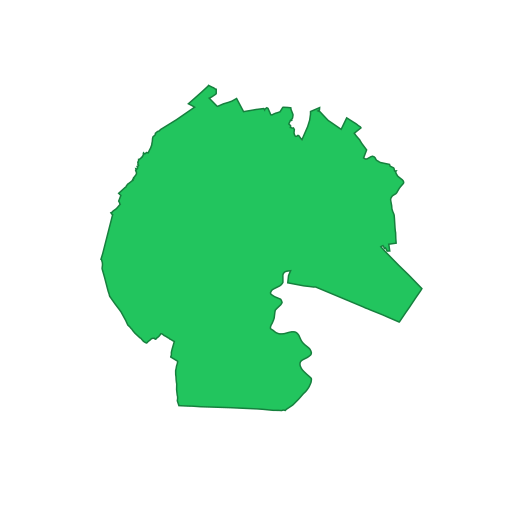 Liteni, Suceava, Romania, rotated 37°
{"feature_id": "2599482B47011516747302", "entity_name": "Liteni", "entity_type": "district", "adm_level": 2, "iso_a3": "ROU", "parent_name": "Romania", "parent_adm1": "Suceava", "projection": "mercator", "projection_center": [26.537, 47.51], "detail": "fine", "context": "isolated", "style": "filled", "palette": "green", "viewbox_px": 512, "rotation_deg": 37, "n_neighbors": 0, "source": "geoboundaries", "source_scale": "gbopen_adm2", "svg_char_len": 6089}
<svg xmlns="http://www.w3.org/2000/svg" viewBox="0 0 512 512"><g transform="rotate(37 256 256)"><path d="M134.1,351.8L134.4,351.6L135.6,352.5L137.1,353.6L138.3,354.9L139.0,355.9L140.2,358.0L140.6,358.6L140.9,358.9L148.4,364.6L157.2,371.6L159.4,373.3L161.8,374.9L162.9,375.9L163.6,376.3L172.6,379.2L179.7,381.2L181.9,381.9L191.0,386.0L191.5,386.3L195.2,388.3L198.1,388.6L200.0,389.1L201.1,389.2L202.3,389.7L205.7,390.5L212.5,391.2L213.8,391.0L214.9,391.4L216.6,391.6L216.9,391.8L217.4,391.9L219.8,391.7L220.9,391.4L221.1,391.1L221.2,390.6L221.3,389.2L222.0,386.8L222.3,384.8L222.6,384.4L224.2,382.9L225.4,383.1L226.0,382.8L226.1,382.2L226.1,381.0L226.4,380.5L226.8,378.5L226.9,376.9L226.7,375.7L226.7,375.4L227.0,375.2L227.5,374.9L228.5,374.7L230.6,374.8L231.8,374.5L235.2,374.2L236.0,374.0L237.0,374.2L238.9,373.8L240.2,373.8L242.2,373.4L245.0,380.7L246.4,383.9L248.0,386.0L248.4,387.2L248.6,387.9L248.7,388.0L256.6,387.2L256.9,387.3L258.0,389.5L258.8,391.8L259.9,393.9L260.8,395.9L263.2,399.0L264.8,400.6L266.7,402.9L268.7,405.0L269.7,405.9L273.0,410.5L276.8,414.5L277.9,415.4L279.0,416.7L280.3,419.0L284.5,421.9L292.1,416.7L295.7,414.1L302.2,409.9L314.5,401.2L327.3,392.2L340.8,383.0L349.1,377.3L353.9,374.2L362.6,368.9L367.2,365.5L369.5,364.0L370.4,362.7L371.4,362.1L372.3,361.8L372.5,360.2L374.8,353.6L375.1,352.6L376.2,344.6L376.7,337.5L377.2,334.7L377.3,333.2L377.3,331.8L377.2,329.3L377.0,328.0L376.3,325.0L376.0,323.9L375.3,322.5L374.6,321.3L374.2,320.8L373.7,320.5L373.0,320.3L367.6,319.9L364.2,319.5L361.7,319.1L360.5,318.7L359.7,318.4L357.5,317.2L356.7,316.5L356.2,315.9L355.7,315.2L355.4,314.5L355.2,313.5L355.3,312.3L355.6,311.3L355.9,310.5L358.0,306.3L358.6,304.6L359.1,302.5L359.2,301.9L359.1,301.4L359.0,301.0L358.5,300.0L357.1,298.9L355.2,298.0L353.8,297.7L348.3,297.5L346.0,297.2L344.0,296.7L342.4,296.0L338.0,293.6L336.7,293.2L335.8,293.0L334.7,292.9L333.5,293.0L331.9,293.7L330.1,295.1L328.4,297.0L325.4,300.9L324.9,301.4L323.8,302.4L321.9,303.9L320.6,304.5L318.4,305.1L317.5,305.2L314.4,305.1L311.9,305.3L311.2,305.2L310.4,304.2L309.9,303.0L309.7,302.3L309.3,299.6L308.5,296.5L307.8,294.5L305.0,289.7L304.0,287.7L304.2,285.5L305.1,280.1L305.0,278.3L304.8,277.7L304.7,277.3L302.8,276.1L301.6,275.7L295.7,277.2L294.4,277.4L292.1,277.5L290.9,277.5L290.3,277.2L289.7,276.7L289.3,274.9L289.3,274.2L289.3,273.4L289.5,272.7L290.2,271.1L292.9,265.7L293.4,264.0L293.5,262.3L293.4,261.0L293.1,260.5L289.1,255.3L288.7,254.5L288.5,253.8L288.4,252.6L288.5,251.8L288.7,251.1L289.6,249.8L290.7,248.6L292.5,246.9L293.8,252.1L297.5,258.3L312.1,251.1L317.0,248.2L320.9,246.0L321.8,245.1L322.5,244.8L372.4,232.1L374.9,231.6L377.0,230.9L379.6,230.3L391.0,227.2L410.1,222.6L410.2,222.4L409.6,210.9L409.4,204.9L408.7,192.8L408.4,185.0L408.2,182.9L408.1,182.2L389.4,179.3L375.8,177.6L356.5,174.7L350.1,173.5L350.6,172.2L351.1,171.3L354.1,172.5L354.5,171.6L357.8,173.1L359.8,171.5L356.3,168.0L354.9,166.7L360.2,161.4L357.2,158.0L353.5,153.4L352.1,152.1L350.2,150.0L343.7,142.4L341.7,140.2L340.4,139.3L338.6,138.3L336.2,136.6L334.1,134.2L330.7,131.1L329.8,130.2L329.4,129.7L328.9,128.5L328.8,127.4L328.7,126.6L328.9,125.3L330.2,122.1L330.3,120.6L329.9,117.6L329.7,115.5L329.7,114.0L330.0,109.7L329.9,108.7L329.3,108.0L328.3,107.4L326.9,107.1L322.2,107.0L321.4,107.0L320.5,106.7L318.3,105.8L317.4,105.2L316.9,104.5L316.7,104.2L316.7,103.7L315.5,104.7L313.6,103.1L312.9,102.8L309.2,103.5L308.6,103.3L307.5,102.5L299.2,106.4L298.2,106.7L296.9,106.7L295.1,107.0L293.7,106.8L292.4,106.0L290.8,105.7L289.0,106.2L288.0,107.6L286.2,111.7L285.0,112.7L282.9,112.9L280.5,104.7L272.6,102.4L269.1,101.0L268.6,100.7L268.1,100.7L263.5,99.7L260.6,98.8L262.7,90.5L261.7,90.1L258.9,90.3L257.9,90.2L256.4,90.2L245.3,91.1L247.8,103.6L231.9,104.3L220.3,102.3L218.2,102.8L218.9,101.4L217.5,99.2L212.6,107.8L214.3,110.1L217.1,115.2L219.4,121.6L222.7,135.4L220.1,134.9L218.0,134.2L216.9,134.4L216.5,135.8L215.9,136.5L214.9,136.6L213.8,136.0L212.3,134.9L210.5,131.9L208.8,131.2L208.2,131.9L206.1,132.7L205.5,131.3L204.6,131.0L202.7,130.8L201.9,127.1L202.8,126.4L202.9,126.1L202.5,125.9L202.1,125.8L202.3,124.7L202.2,124.0L201.9,123.3L200.8,121.3L200.3,120.7L195.8,117.9L194.6,116.7L191.6,118.5L188.1,120.9L188.0,121.2L188.0,121.7L188.4,126.4L186.5,129.2L186.0,129.7L184.7,131.9L184.0,133.4L183.7,133.8L182.8,134.3L176.8,130.9L175.4,131.1L174.7,133.2L174.7,133.7L174.9,134.1L173.4,133.6L168.7,138.2L168.2,138.6L166.1,140.9L159.2,148.2L145.7,141.9L143.6,146.7L141.6,149.8L138.4,154.1L135.3,159.6L134.7,159.8L123.6,158.1L123.9,157.5L124.3,157.0L125.0,155.3L126.5,150.9L126.4,150.1L123.9,146.8L123.5,147.1L123.2,147.2L122.8,147.1L120.7,147.2L119.8,147.5L115.4,148.3L115.5,149.0L113.9,157.9L110.4,175.1L114.5,174.4L117.4,174.1L110.5,194.9L103.6,212.6L103.5,214.2L102.4,215.9L101.8,218.6L102.2,219.0L102.4,219.3L102.5,220.1L102.5,220.6L102.0,222.7L102.6,224.3L103.6,225.9L104.3,227.0L105.1,228.7L105.9,230.0L106.3,231.5L106.8,233.0L107.2,235.5L107.8,238.4L107.8,238.6L107.1,238.9L106.7,239.0L106.2,239.3L106.1,240.4L105.9,241.0L105.7,241.2L105.5,241.4L105.2,241.4L104.1,241.3L104.4,242.1L105.1,242.8L105.1,243.3L105.4,244.1L105.3,244.6L105.6,245.4L105.4,245.8L105.1,246.1L105.1,246.3L105.3,246.8L104.8,248.5L104.7,248.8L104.1,249.5L104.6,250.0L104.9,250.7L104.9,251.1L105.2,252.2L105.3,252.4L105.8,252.5L106.0,252.9L106.4,253.8L106.6,253.9L107.4,254.1L107.7,254.3L107.7,254.5L107.6,255.2L107.5,255.5L107.1,255.9L107.1,256.0L107.9,256.4L108.5,257.0L108.3,257.5L108.6,258.3L108.5,258.5L107.6,258.7L108.5,259.4L108.3,260.0L109.1,260.6L109.9,260.8L110.1,261.0L110.3,261.5L110.9,262.1L111.2,262.5L111.2,263.1L111.3,264.0L111.2,266.0L111.3,266.6L111.1,267.1L111.8,267.6L111.8,268.0L111.4,268.5L111.5,269.2L112.2,269.5L112.2,269.8L111.8,270.1L111.7,270.9L111.2,272.9L111.1,273.2L111.1,273.5L110.9,273.8L110.8,274.4L110.3,275.7L110.3,277.5L110.3,278.1L110.6,279.1L110.5,279.3L110.2,280.1L108.6,288.6L111.6,288.9L113.3,294.8L114.9,295.5L116.2,296.5L116.4,296.5L116.1,301.3L115.8,303.0L114.8,306.1L114.7,307.7L114.1,308.8L115.7,309.3L116.6,309.2L132.2,346.5L134.1,351.8Z" fill="#22c55e" stroke="#15803d" stroke-width="1.5"/></g></svg>